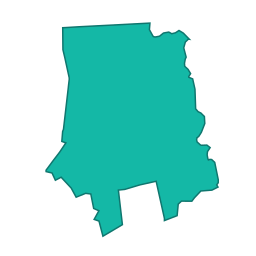 outline of New London, Connecticut, United States of America, rotated 265°
{"feature_id": "52423323B44598433292078", "entity_name": "New London", "entity_type": "district", "adm_level": 2, "iso_a3": "USA", "parent_name": "United States of America", "parent_adm1": "Connecticut", "projection": "natural_earth1", "projection_center": [-72.11, 41.496], "detail": "fine", "context": "isolated", "style": "filled", "palette": "teal", "viewbox_px": 256, "rotation_deg": 265, "n_neighbors": 0, "source": "geoboundaries", "source_scale": "gbopen_adm2", "svg_char_len": 1359}
<svg xmlns="http://www.w3.org/2000/svg" viewBox="0 0 256 256"><g transform="rotate(265 128 128)"><path d="M233.1,88.6L233.5,73.9L233.6,71.7L211.7,70.0L203.5,71.2L183.2,73.8L181.6,73.7L175.3,72.4L173.2,72.0L132.3,63.6L130.3,62.6L120.4,60.9L118.6,64.8L110.0,57.9L101.8,50.4L93.1,42.7L91.7,42.6L89.8,48.4L82.3,51.1L84.8,57.1L73.1,66.2L63.6,70.3L66.6,80.1L65.5,85.2L50.8,86.8L48.1,91.8L39.9,86.3L37.8,91.0L34.2,91.6L22.4,93.6L32.2,114.0L67.0,113.0L67.1,119.4L70.3,134.9L72.5,151.4L34.8,156.4L32.6,156.2L36.4,169.3L47.8,171.4L50.5,174.9L49.5,185.2L52.7,188.1L58.9,195.1L58.8,206.2L61.3,212.5L63.6,211.4L65.6,213.1L68.6,213.4L86.2,211.4L89.3,208.6L89.6,206.9L89.2,205.3L90.1,205.0L90.3,204.9L94.3,204.5L97.5,205.1L101.3,208.1L104.1,205.1L104.4,199.5L104.9,198.6L108.1,195.6L110.3,195.3L112.3,195.9L112.3,196.0L113.5,197.8L117.3,200.7L125.8,204.9L132.8,205.1L135.5,202.8L136.5,202.0L138.2,199.2L141.3,197.0L142.0,197.1L160.8,198.1L171.3,196.7L173.2,193.0L173.8,193.0L174.0,193.0L176.7,195.1L181.1,193.0L184.5,189.9L187.5,189.9L191.5,191.0L191.9,191.2L193.5,192.1L203.0,190.5L208.6,192.6L211.3,195.9L211.1,196.8L217.7,191.4L220.7,187.3L218.7,183.6L218.1,179.8L220.0,177.0L219.7,173.5L219.5,171.6L216.7,167.4L216.3,163.3L216.6,161.7L217.5,160.8L224.1,157.9L230.6,159.0L231.8,124.2L232.1,116.0L233.1,88.6Z" fill="#14b8a6" stroke="#0f766e" stroke-width="1.5"/></g></svg>